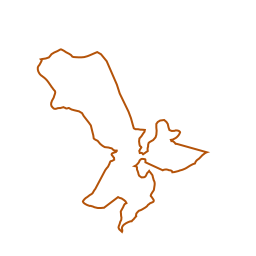 Monchy, Dauphin, Saint Lucia, rotated 251°
{"feature_id": "8701671B61096532329378", "entity_name": "Monchy", "entity_type": "district", "adm_level": 2, "iso_a3": "LCA", "parent_name": "Saint Lucia", "parent_adm1": "Dauphin", "projection": "equal_earth", "projection_center": [-60.929, 14.054], "detail": "fine", "context": "isolated", "style": "outline", "palette": "amber", "viewbox_px": 256, "rotation_deg": 251, "n_neighbors": 0, "source": "geoboundaries", "source_scale": "gbopen_adm2", "svg_char_len": 5662}
<svg xmlns="http://www.w3.org/2000/svg" viewBox="0 0 256 256"><g transform="rotate(251 128 128)"><path d="M31.8,88.5L32.5,89.1L34.1,89.5L35.0,89.5L36.1,90.1L37.2,91.3L37.9,92.6L38.6,95.1L38.9,97.3L39.0,99.8L38.6,101.1L39.1,101.8L39.5,102.6L39.9,103.7L40.5,104.5L40.7,104.9L41.4,106.1L41.9,107.1L42.3,107.1L42.6,107.0L43.2,107.4L44.2,107.9L44.5,108.2L45.3,109.5L45.7,110.3L46.1,111.1L46.2,111.4L46.2,112.3L46.2,113.3L46.3,114.2L46.6,115.8L47.2,118.6L47.8,120.4L48.2,121.0L48.9,122.1L49.0,122.5L49.1,123.0L49.6,124.2L49.7,124.7L49.7,125.3L49.8,126.7L49.9,127.5L50.0,127.9L50.2,128.2L50.4,128.4L51.2,128.8L51.6,128.8L52.2,128.7L54.0,128.2L55.1,127.9L56.2,127.4L56.5,127.4L56.8,127.7L57.1,127.8L57.8,128.3L58.5,129.2L58.8,129.5L60.4,131.6L60.9,132.2L61.4,132.5L65.4,134.6L66.6,135.1L67.0,135.2L67.8,135.4L68.7,135.5L69.8,135.4L70.7,135.3L71.1,135.4L73.3,135.5L74.9,135.7L75.4,135.7L76.2,135.5L77.3,135.1L77.8,135.0L79.1,134.5L79.6,134.3L80.0,134.1L80.5,134.0L80.1,133.4L79.9,133.1L79.3,131.7L78.7,131.0L77.2,129.6L76.9,129.2L76.5,128.6L76.4,128.4L76.3,128.1L76.3,127.7L76.2,127.3L76.5,126.0L76.9,124.7L78.1,123.8L79.3,123.0L80.9,122.9L82.5,123.1L84.4,123.1L85.4,123.0L85.8,123.0L86.3,123.1L87.9,123.7L88.5,123.5L88.9,123.3L89.8,121.9L89.9,122.5L90.0,123.0L90.1,123.7L90.6,124.6L91.1,125.6L91.9,126.9L92.7,127.8L93.3,128.2L93.8,128.8L93.8,128.7L94.3,130.5L94.3,130.9L94.2,131.2L94.1,131.6L93.5,132.9L93.0,133.8L92.7,134.1L92.3,134.1L91.0,133.7L89.9,133.3L76.7,147.1L76.8,147.5L76.8,148.7L76.5,150.1L76.3,150.8L76.0,151.3L75.6,152.0L75.0,152.7L74.7,153.1L74.2,154.2L73.5,155.1L73.1,155.4L72.8,155.5L71.7,155.5L71.6,156.0L71.3,157.2L71.2,157.9L70.9,161.5L70.9,162.4L71.0,162.8L70.8,165.3L70.8,166.3L70.9,167.8L71.0,169.1L71.4,171.1L72.1,174.0L72.5,176.3L72.7,178.0L72.7,178.8L72.6,179.6L72.7,179.8L73.7,180.6L74.3,181.3L74.9,182.2L75.4,183.4L75.8,184.9L76.1,185.6L77.5,188.4L78.0,189.3L79.1,192.5L79.2,193.2L79.4,194.0L79.4,194.6L97.3,168.7L97.3,168.2L97.6,167.8L98.9,167.4L100.0,166.8L100.6,166.3L101.4,165.5L101.5,165.3L101.5,164.8L102.8,164.7L102.6,166.0L102.5,166.7L103.0,169.9L103.1,170.1L103.4,171.1L104.0,172.3L104.4,173.0L105.0,173.9L105.8,174.8L106.9,175.8L107.6,175.8L108.8,175.0L109.7,173.6L110.2,172.3L110.2,170.9L111.0,168.3L112.6,166.5L115.2,166.5L118.9,166.9L121.2,166.3L123.8,164.8L124.6,160.8L124.0,158.1L122.6,156.1L119.1,154.9L116.1,154.2L112.4,152.6L110.2,151.0L108.4,147.9L108.0,145.7L107.7,144.1L107.2,142.7L105.6,141.6L103.8,140.9L102.6,140.0L100.9,139.4L99.8,139.2L99.6,138.5L99.4,137.8L99.3,137.1L98.9,136.2L98.8,135.5L98.2,133.7L98.4,133.6L98.5,133.5L99.0,133.5L99.5,133.3L99.8,133.0L100.0,132.6L100.2,132.4L100.3,131.9L100.5,131.0L101.4,131.1L102.7,131.2L104.0,132.6L105.3,134.3L105.8,134.3L106.5,133.9L107.3,133.4L108.7,133.5L111.7,134.1L114.4,135.4L115.9,138.1L117.1,139.6L118.1,140.9L119.0,142.3L120.7,143.3L121.2,142.2L121.8,140.8L122.4,139.2L123.6,137.1L124.4,134.7L125.8,133.4L129.8,133.6L136.3,134.0L143.3,133.8L163.3,131.4L172.6,131.6L198.1,129.6L206.5,126.5L209.8,123.6L209.5,119.3L209.2,115.3L209.1,113.0L209.3,109.7L210.0,106.9L210.9,104.3L211.9,101.8L212.8,99.7L213.6,98.6L215.5,97.9L217.3,96.5L219.8,94.1L221.8,92.6L223.3,91.2L224.2,90.2L224.2,89.1L223.7,86.5L223.4,82.8L222.7,79.7L221.7,78.2L220.5,76.2L220.5,72.9L221.2,69.1L221.3,68.0L220.7,68.3L220.1,68.4L219.8,68.3L218.3,66.8L216.4,64.7L216.0,63.9L215.3,63.1L214.9,62.7L214.5,62.4L214.0,62.2L212.4,61.7L211.8,61.7L210.7,61.6L210.0,61.7L209.4,61.8L208.7,61.9L207.6,62.2L207.0,62.5L206.1,62.9L204.9,63.8L204.2,64.2L203.7,64.6L201.9,65.7L200.7,66.3L199.4,66.9L197.0,67.7L195.2,68.2L192.4,69.0L191.7,69.1L191.4,69.3L190.2,69.7L189.9,69.7L189.1,70.0L187.7,70.5L186.9,70.9L186.5,70.9L185.8,70.9L185.4,70.8L184.3,70.2L184.0,70.0L183.7,69.7L183.1,69.3L182.8,69.0L182.4,68.7L182.1,68.5L181.0,67.7L180.7,67.4L178.9,65.4L178.2,64.7L177.2,64.0L176.7,63.5L176.3,63.4L175.6,63.1L175.1,62.9L173.6,62.8L173.0,63.1L172.6,63.1L170.8,64.0L170.3,64.4L169.8,65.4L169.6,66.4L169.6,67.7L169.6,68.2L169.1,70.0L168.9,70.5L168.7,73.8L168.2,74.2L167.5,75.1L167.1,75.4L166.7,75.8L166.5,76.2L166.4,76.5L166.3,77.2L166.3,78.2L166.1,78.7L166.0,78.8L165.7,79.0L163.9,80.6L162.0,83.4L159.7,87.1L157.0,89.4L153.8,90.0L145.6,92.8L142.5,93.7L139.3,93.4L136.1,93.1L132.4,92.8L129.3,92.2L128.7,92.5L128.0,93.0L127.0,93.9L125.9,95.0L125.6,95.2L122.1,96.5L120.6,97.4L119.5,98.1L118.3,99.1L117.6,99.7L117.5,99.8L115.9,103.2L115.6,103.6L115.5,103.8L115.1,104.3L114.3,105.6L114.0,106.0L113.7,106.2L112.2,106.9L111.6,107.4L111.3,107.8L110.8,108.6L110.5,109.3L110.2,110.8L109.9,109.2L109.2,108.7L109.3,107.9L109.3,105.8L109.0,104.4L108.4,103.9L107.5,103.9L106.5,104.4L105.3,104.7L104.4,105.1L103.6,104.9L102.5,104.6L102.3,103.5L102.1,102.5L102.1,102.1L102.2,100.9L102.2,100.7L101.9,100.3L101.6,99.9L101.3,99.7L100.3,98.8L100.0,98.7L99.6,98.2L97.9,96.5L97.4,95.6L97.0,94.9L96.8,94.6L96.4,94.0L95.8,93.1L95.2,92.4L80.9,77.1L80.3,76.1L78.8,74.3L78.1,73.6L77.4,72.1L77.1,70.4L76.8,69.4L76.0,67.1L75.6,65.4L75.2,64.4L74.7,63.4L74.2,62.6L73.6,61.8L73.1,61.4L72.6,61.5L72.0,61.6L71.2,62.0L70.6,62.4L69.2,63.6L68.4,64.4L67.1,66.0L66.8,66.4L66.5,67.4L66.1,67.9L65.6,68.6L65.4,69.0L64.0,70.5L63.0,72.1L62.4,73.0L62.1,73.7L61.2,76.3L60.9,77.5L60.6,78.8L60.4,79.3L65.9,96.1L64.8,97.1L63.5,99.0L62.3,99.9L60.8,101.0L60.2,101.3L59.6,101.7L59.1,101.8L58.6,101.9L57.5,102.1L57.2,100.4L57.1,100.1L56.8,99.7L56.5,99.3L55.6,98.4L55.2,98.1L54.6,97.5L52.3,94.9L51.7,94.3L51.4,94.0L50.0,93.6L48.9,93.4L48.2,93.1L47.1,92.9L46.8,92.8L45.6,92.7L43.7,91.9L43.1,91.5L42.2,90.5L41.8,90.1L39.9,88.8L38.0,87.2L37.3,86.8L36.9,86.6L36.5,86.6L35.5,86.7L34.9,86.8L34.6,87.0L32.4,88.2L31.8,88.5Z" fill="none" stroke="#b45309" stroke-width="2"/></g></svg>